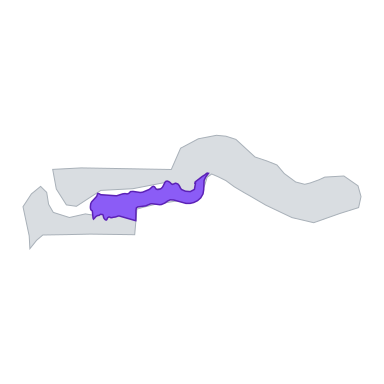 Lower River highlighted on a map of Gambia
{"feature_id": "GMB-2154", "entity_name": "Lower River", "entity_type": "Division", "adm_level": 1, "iso_a3": "GMB", "parent_name": "Gambia", "parent_adm1": "", "projection": "equal_earth", "projection_center": [-15.76, 13.406], "detail": "fine", "context": "in_parent", "style": "filled", "palette": "violet", "viewbox_px": 384, "rotation_deg": 0, "n_neighbors": 0, "source": "natural_earth", "source_scale": "10m", "svg_char_len": 2465}
<svg xmlns="http://www.w3.org/2000/svg" viewBox="0 0 384 384"><path d="M52.7,169.4L81.2,167.9L115.8,168.5L153.5,169.2L171.3,169.5L180.6,148.2L198.3,138.8L216.5,135.3L225.9,136.2L235.9,139.4L255.0,157.0L267.0,161.0L277.0,165.0L284.2,173.5L295.7,182.0L304.7,184.3L310.1,183.0L319.0,179.8L324.8,177.1L343.9,176.0L358.0,185.8L361.0,196.6L358.6,207.6L339.8,213.5L313.7,222.7L292.0,217.6L265.7,205.1L250.3,196.1L243.9,192.5L234.3,186.8L225.9,180.6L217.8,176.6L211.7,174.0L207.1,177.3L204.8,184.9L201.2,193.3L196.5,198.4L174.4,201.3L154.6,204.5L144.0,207.1L136.9,209.1L134.7,234.7L112.3,234.4L90.3,234.1L67.4,234.6L42.8,235.0L36.6,240.3L29.9,248.7L29.2,235.9L23.0,206.7L31.4,193.9L40.6,186.4L46.7,192.4L48.6,204.3L53.3,212.4L69.4,217.5L85.4,213.9L95.1,215.5L94.8,209.0L98.2,200.2L117.5,196.4L138.1,193.9L159.1,188.6L175.6,188.9L180.5,187.4L179.3,185.1L164.5,182.6L132.9,188.7L100.8,190.4L76.4,206.3L66.4,204.9L56.3,189.0L52.7,169.4Z" fill="#d9dde1" stroke="#a8b0b8" stroke-width="1"/><path d="M208.3,173.5L205.7,177.0L204.1,180.4L203.7,189.7L203.0,193.9L200.7,197.9L197.5,200.7L193.8,202.5L190.1,203.4L186.0,203.4L173.7,200.0L170.2,199.8L167.5,201.1L164.9,203.0L161.5,204.5L159.7,204.7L152.1,203.7L150.7,203.8L145.6,205.9L137.8,206.9L136.4,207.8L136.0,210.0L135.8,220.7L135.7,220.7L119.3,216.0L118.4,216.0L115.4,217.0L113.1,217.3L112.2,217.6L111.4,217.7L110.8,217.7L109.7,217.1L108.9,217.0L107.7,217.7L106.9,219.4L106.5,220.0L105.8,220.0L105.0,219.5L103.9,218.1L103.5,217.0L103.3,216.1L103.2,215.3L102.7,214.6L100.5,214.3L99.0,215.4L97.7,215.5L96.6,216.1L95.5,216.9L94.6,218.1L93.5,219.1L93.1,218.2L92.6,214.1L92.5,212.4L92.3,210.9L91.5,210.3L91.0,209.9L90.6,209.0L90.4,207.8L90.4,206.6L90.7,203.8L91.6,201.9L96.2,196.9L97.0,195.7L97.4,194.1L97.8,193.4L99.0,193.7L100.8,194.7L116.6,195.8L122.6,193.9L124.8,193.6L126.0,193.7L126.7,193.9L127.2,193.9L128.3,193.6L129.1,193.1L129.7,192.5L130.2,191.9L130.5,191.6L133.0,191.4L140.2,192.5L142.6,192.2L149.1,189.5L150.2,188.7L152.3,186.7L153.4,186.3L154.5,186.8L156.1,189.0L157.2,189.5L158.7,189.4L159.9,189.2L161.0,188.6L162.3,187.4L163.2,185.9L165.0,182.2L166.1,181.2L167.5,181.1L168.9,181.7L170.2,182.6L171.2,183.7L172.3,184.4L173.5,184.1L174.7,183.5L175.7,183.2L177.9,184.0L179.3,185.8L180.3,187.9L181.5,189.5L185.4,191.2L190.3,191.6L194.4,189.4L195.5,183.2L194.9,183.2L195.2,181.9L202.3,176.4L205.1,174.7L206.5,173.4L207.3,173.1L208.0,173.2L208.2,173.5L208.3,173.5Z" fill="#8b5cf6" stroke="#5b21b6" stroke-width="1.5"/></svg>